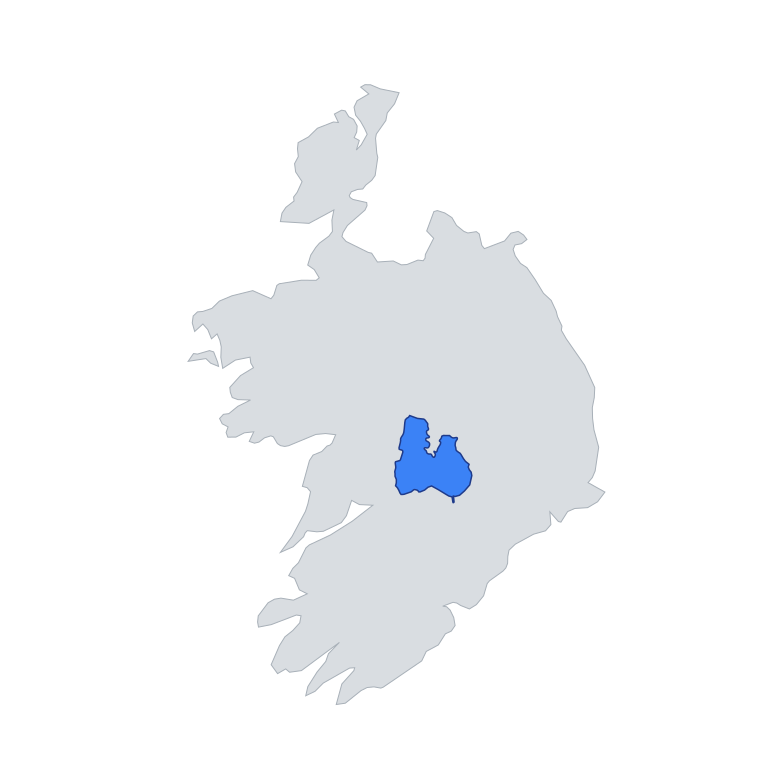 Ireland, with North Tipperary highlighted, rotated 341°
{"feature_id": "IRL-724", "entity_name": "North Tipperary", "entity_type": "County", "adm_level": 1, "iso_a3": "IRL", "parent_name": "Ireland", "parent_adm1": "", "projection": "albers", "projection_center": [-8.01, 52.847], "detail": "fine", "context": "in_parent", "style": "filled", "palette": "blue", "viewbox_px": 768, "rotation_deg": 341, "n_neighbors": 0, "source": "natural_earth", "source_scale": "10m", "svg_char_len": 6531}
<svg xmlns="http://www.w3.org/2000/svg" viewBox="0 0 768 768"><g transform="rotate(341 384 384)"><path d="M471.5,135.5L458.1,145.2L456.0,148.9L452.3,163.5L451.9,167.7L443.5,184.0L438.7,187.4L431.5,190.0L427.4,192.7L422.3,191.4L415.7,191.6L412.5,194.5L412.7,196.7L414.6,199.3L426.7,206.8L426.0,209.9L422.6,213.4L401.0,222.2L394.5,227.5L392.2,231.0L394.5,236.8L411.9,254.4L414.9,256.3L417.5,266.5L432.8,270.7L439.2,277.0L444.6,278.5L456.4,277.9L461.2,280.2L463.8,278.4L465.3,275.0L478.4,262.4L474.2,253.2L487.3,237.2L490.9,237.4L497.2,242.1L502.4,248.8L504.2,257.7L509.2,265.7L512.4,268.5L520.9,270.0L522.9,273.1L521.6,284.8L523.0,288.7L544.6,288.0L553.1,282.7L560.6,283.4L564.5,288.6L566.2,293.9L559.8,296.1L553.1,295.2L549.9,298.8L549.8,305.6L552.3,314.4L557.0,320.5L560.9,334.5L564.3,350.1L569.3,359.4L570.5,371.1L570.0,376.9L571.1,387.2L569.2,390.9L571.0,400.5L579.8,431.6L582.1,456.0L578.4,465.3L573.3,474.1L570.0,484.5L567.6,495.7L566.4,513.7L555.3,535.0L550.5,540.3L544.8,543.7L557.7,558.1L547.6,564.9L536.3,567.2L523.8,563.8L516.1,564.4L506.3,572.2L504.1,570.8L499.2,558.8L496.0,571.3L488.9,575.4L476.6,574.7L456.0,578.2L448.1,581.8L444.9,587.4L442.5,593.8L439.3,597.6L435.7,599.6L419.7,604.4L416.6,606.3L409.2,616.7L399.5,622.7L391.5,624.5L384.4,618.4L381.5,614.8L378.2,612.9L367.2,613.2L370.7,615.0L372.9,619.3L373.9,627.5L372.6,635.5L367.2,639.5L360.7,640.2L350.4,648.4L336.9,650.6L329.5,658.1L284.5,670.4L282.0,670.5L275.9,667.1L269.2,665.5L262.5,666.4L243.5,673.2L234.5,671.5L246.5,653.9L262.2,645.2L263.9,642.7L258.9,641.4L229.2,647.0L218.8,652.1L208.5,653.3L213.5,645.3L227.0,634.5L238.6,627.4L243.7,620.9L257.7,613.8L212.6,628.1L200.9,625.8L198.3,621.4L189.1,623.2L185.9,612.7L200.0,597.3L208.0,590.8L217.5,587.4L226.6,582.4L230.1,576.1L225.9,573.9L199.0,574.8L186.2,573.0L187.0,567.9L189.6,562.3L203.2,553.1L210.4,551.8L216.8,552.9L228.0,558.9L243.1,557.4L237.0,551.1L236.2,538.6L231.5,534.2L237.8,528.6L244.9,525.2L256.9,513.5L261.1,511.8L284.3,509.3L309.3,503.4L334.0,495.0L321.5,490.0L315.5,483.5L305.6,496.3L298.5,501.2L278.7,503.5L272.4,501.9L263.7,497.7L260.9,499.2L258.3,502.2L245.0,508.3L231.2,509.5L247.5,498.2L268.3,478.8L272.9,472.7L279.5,461.9L277.6,457.0L273.5,454.2L288.6,432.1L293.8,428.1L303.1,427.6L310.0,424.1L313.0,424.2L315.7,422.9L321.8,416.2L312.6,411.8L303.1,409.5L273.6,411.3L269.8,410.7L266.1,408.6L263.8,405.6L262.2,397.9L260.1,396.2L253.5,396.0L246.9,398.2L242.3,397.8L237.9,394.4L245.3,386.8L236.1,384.7L226.7,386.0L219.0,383.4L218.9,378.5L222.6,373.8L218.1,369.0L217.3,363.1L222.3,360.4L227.6,361.5L238.6,357.5L252.6,355.7L240.8,351.2L236.1,347.4L236.0,341.8L237.1,337.0L251.1,329.3L265.9,326.1L264.9,320.7L266.1,315.0L251.3,313.0L236.6,316.7L238.4,305.7L242.2,295.9L243.0,289.3L242.5,282.3L235.6,285.1L235.1,275.2L232.3,268.3L222.1,272.7L222.6,263.8L225.7,257.6L231.1,255.1L236.3,256.4L245.9,256.5L255.4,252.0L268.9,251.1L290.3,253.0L304.9,266.6L308.7,264.2L314.8,255.9L317.6,255.1L339.8,259.0L353.6,263.9L357.3,262.5L355.3,253.1L350.6,246.7L356.7,238.3L364.0,232.6L368.8,229.8L380.0,226.3L384.9,223.0L388.1,212.1L393.3,203.1L365.4,207.7L338.9,196.7L343.2,189.2L348.8,185.0L358.5,181.7L359.4,177.8L364.3,174.5L372.4,166.0L369.5,154.7L371.2,146.5L377.0,141.1L378.8,133.4L381.4,127.8L393.1,125.8L404.3,120.5L421.5,119.8L426.0,121.9L425.0,112.6L433.1,111.3L436.3,113.2L437.7,119.8L441.4,123.9L442.6,131.3L440.2,136.9L436.0,141.3L439.9,145.7L434.0,153.8L440.4,150.4L449.4,142.4L448.8,136.0L447.3,127.9L444.7,120.6L445.8,112.5L450.8,107.4L464.1,104.8L458.6,95.7L463.4,94.8L468.7,96.7L476.5,103.7L493.1,113.5L485.2,122.5L475.3,128.8L471.5,135.5ZM233.8,309.2L233.3,313.5L226.9,307.9L223.9,302.0L206.2,298.8L213.8,293.2L217.4,295.0L229.9,295.6L233.4,298.2L233.8,309.2Z" fill="#d9dde1" stroke="#a8b0b8" stroke-width="1"/><path d="M429.2,454.1L430.2,455.9L430.7,456.6L431.1,457.0L431.9,457.5L432.4,457.7L434.8,458.1L435.3,458.3L435.6,458.6L435.7,459.2L435.4,459.8L435.1,460.2L433.5,461.4L432.8,462.1L432.5,462.5L431.6,464.4L431.3,465.1L431.2,466.0L431.1,467.8L430.7,469.4L430.7,470.1L431.0,470.9L431.9,472.3L432.4,473.1L433.2,473.9L433.8,475.5L434.8,480.4L435.7,483.3L436.2,484.3L438.3,487.6L436.6,489.9L436.7,492.8L437.7,495.7L437.2,499.2L432.2,507.3L425.3,511.3L419.2,513.8L414.6,513.5L413.2,512.6L411.9,518.1L411.6,518.6L411.1,518.8L410.7,518.6L410.7,517.9L411.6,512.9L408.8,511.0L407.1,509.0L400.8,501.4L395.8,495.9L392.1,495.9L387.9,497.5L383.1,497.8L381.7,497.3L381.6,496.7L381.3,495.9L380.7,495.1L379.2,494.1L378.3,493.7L377.6,493.7L374.7,494.8L367.1,494.8L365.3,494.4L364.2,494.0L363.7,492.5L363.6,491.9L363.4,489.1L363.3,488.8L363.2,488.3L363.0,486.9L362.7,486.0L361.8,484.0L363.4,481.6L364.6,478.3L364.4,474.8L365.3,472.2L365.4,471.4L365.6,470.7L365.8,470.1L367.5,467.6L367.9,466.8L368.2,465.8L368.8,462.8L369.1,461.9L369.6,461.3L370.2,461.3L373.9,461.5L374.4,461.3L375.0,460.8L379.4,454.9L379.8,454.0L379.9,453.3L379.7,452.8L379.4,452.4L379.1,452.1L377.8,451.3L377.1,450.5L377.5,449.1L380.3,444.8L381.4,442.7L381.7,441.5L382.2,440.8L383.0,440.0L385.4,438.1L386.3,437.1L387.1,435.9L388.5,433.1L391.1,427.3L392.5,424.8L394.4,423.8L396.4,423.4L398.0,422.2L404.4,427.4L410.1,430.1L410.5,430.5L410.9,431.1L411.4,432.3L411.8,433.8L412.0,434.3L412.3,435.2L412.4,435.7L412.3,436.1L412.2,436.5L411.8,437.4L411.6,437.9L411.5,438.4L411.5,439.0L411.5,440.3L411.5,440.8L411.3,441.3L411.0,441.7L410.5,441.9L409.4,442.1L409.0,442.4L408.7,442.8L408.5,443.3L408.4,443.9L408.3,444.5L408.3,445.0L408.4,445.6L408.6,446.2L408.8,446.6L409.2,447.4L409.5,447.7L409.6,448.0L409.7,448.3L409.7,448.8L409.4,449.1L409.0,449.3L408.4,449.3L406.7,449.0L406.2,449.1L405.8,449.4L405.5,449.8L405.4,450.2L405.3,450.8L405.4,451.3L405.7,451.7L407.1,453.3L407.4,453.9L407.6,454.5L407.7,455.0L407.6,455.6L407.4,456.1L407.2,456.5L406.9,457.1L406.3,457.7L405.6,458.3L405.2,458.5L404.8,458.6L404.5,458.6L404.0,458.5L402.6,457.8L402.2,457.7L401.6,457.6L401.2,457.8L401.0,458.2L401.0,458.7L401.1,459.1L401.3,459.5L401.9,460.3L402.1,460.8L402.2,461.4L402.1,462.5L402.1,463.0L402.3,463.5L402.6,463.9L403.0,464.4L403.6,464.8L405.3,465.4L405.6,465.7L405.9,466.1L406.0,466.7L406.0,467.3L406.2,468.0L406.8,469.3L407.2,469.5L407.9,469.5L409.1,468.4L409.5,467.5L409.7,466.8L409.2,464.7L409.2,464.3L409.5,464.0L409.9,464.3L410.7,465.1L411.0,465.3L411.5,465.3L412.0,465.1L413.5,463.0L414.7,461.8L417.7,459.3L417.8,459.0L418.3,458.3L418.5,457.8L418.6,457.4L418.4,456.9L418.2,456.5L417.9,456.2L418.0,455.6L418.5,455.1L419.7,454.5L420.8,453.5L421.6,452.2L423.3,452.0L429.2,454.1Z" fill="#3b82f6" stroke="#1e3a8a" stroke-width="1.5"/></g></svg>